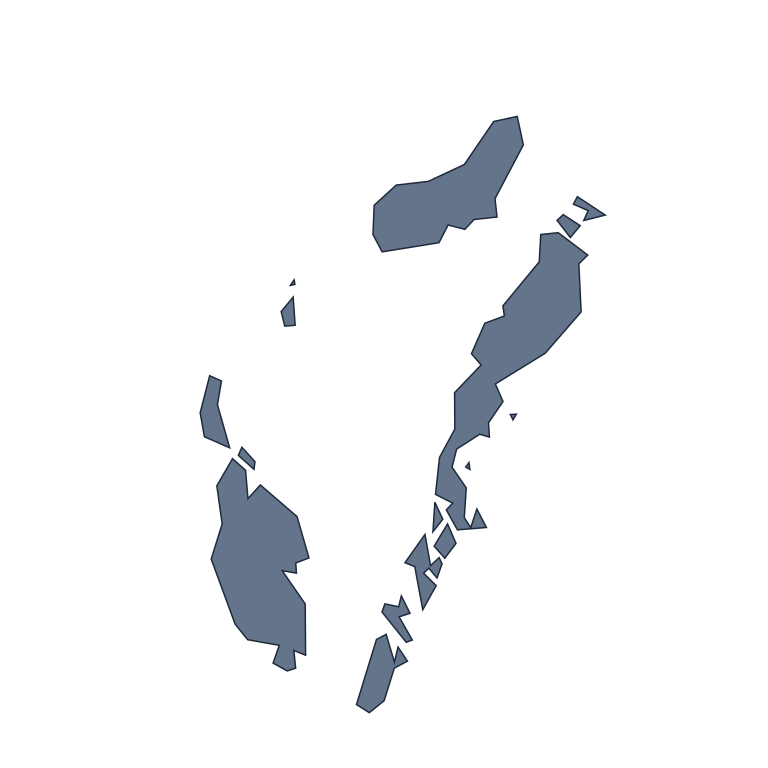 the Province of Nusa Tenggara Timur, rotated 118°
{"feature_id": "IDN-1235", "entity_name": "Nusa Tenggara Timur", "entity_type": "Province", "adm_level": 1, "iso_a3": "IDN", "parent_name": "Indonesia", "parent_adm1": "", "projection": "natural_earth1", "projection_center": [122.339, -9.496], "detail": "medium", "context": "isolated", "style": "filled", "palette": "slate", "viewbox_px": 768, "rotation_deg": 118, "n_neighbors": 0, "source": "natural_earth", "source_scale": "10m", "svg_char_len": 1985}
<svg xmlns="http://www.w3.org/2000/svg" viewBox="0 0 768 768"><g transform="rotate(118 384 384)"><path d="M478.3,250.7L465.9,269.9L456.9,267.4L457.3,286.7L422.8,300.5L390.6,300.3L358.5,317.6L321.6,307.2L316.2,321.0L283.0,323.5L267.4,309.7L259.2,315.7L203.2,304.3L178.4,315.8L168.6,301.2L174.5,264.6L186.4,268.4L227.8,243.8L281.1,256.1L331.7,285.7L343.6,270.7L369.3,273.5L381.4,266.0L383.4,275.9L407.4,289.3L425.5,284.9L437.1,262.6L464.3,250.4L470.1,240.0L450.8,243.3L462.6,226.2L478.3,250.7ZM596.6,386.2L615.2,350.3L660.3,325.9L661.6,338.5L676.4,328.6L682.8,334.7L682.5,350.9L663.9,353.8L673.8,384.4L665.9,402.7L619.7,454.4L583.5,461.2L552.4,483.8L521.0,482.7L525.2,465.7L549.1,450.3L531.2,445.8L541.9,398.5L572.8,368.6L583.5,377.9L592.1,372.5L596.6,386.2ZM233.4,401.8L268.2,447.7L257.2,463.9L230.8,476.6L202.6,466.6L184.4,440.1L152.4,416.1L100.7,410.4L85.2,392.0L107.5,373.2L168.2,373.0L183.5,362.6L196.5,381.7L209.5,385.2L213.5,402.0L233.4,401.8ZM681.1,242.7L680.0,257.8L613.1,270.7L604.0,264.6L624.7,244.2L609.7,248.1L617.7,233.2L630.0,241.5L663.6,235.2L681.1,242.7ZM565.1,243.8L530.8,271.1L531.9,281.6L497.6,277.2L522.5,257.6L511.4,253.8L515.6,248.3L530.4,246.1L525.6,257.9L532.5,260.2L537.5,243.3L565.1,243.8ZM512.8,490.3L514.9,517.8L495.7,532.8L458.5,541.8L457.7,528.9L480.4,521.4L512.8,490.3ZM601.6,243.1L586.3,278.7L577.7,280.0L573.8,266.5L563.0,269.2L574.2,253.4L582.5,261.4L596.8,238.8L601.6,243.1ZM509.3,248.5L503.6,263.6L477.7,262.2L490.9,245.6L509.3,248.5ZM373.9,490.0L379.5,498.8L368.3,508.8L349.9,505.0L373.9,490.0ZM131.0,268.0L145.9,284.4L135.1,285.1L136.3,301.2L127.8,301.2L131.0,268.0ZM475.8,268.6L491.5,271.4L464.5,283.6L475.8,268.6ZM520.4,458.7L515.4,479.1L506.6,479.8L513.1,461.5L520.4,458.7ZM152.1,285.1L167.2,288.2L158.3,308.0L150.3,305.3L152.1,285.1ZM413.5,272.1L419.1,268.0L419.0,272.8L413.5,272.1ZM348.5,253.0L355.1,253.3L351.6,258.1L348.5,253.0ZM337.9,509.4L340.8,512.9L334.3,512.3L337.9,509.4Z" fill="#64748b" stroke="#1e293b" stroke-width="1.5"/></g></svg>